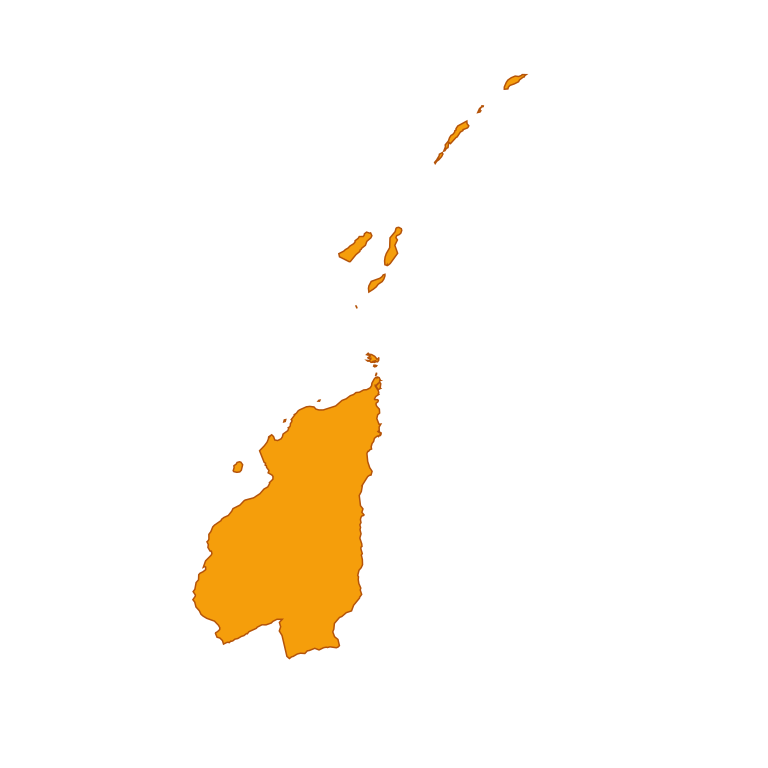 Seram Bagian Timur, Maluku, Indonesia, rotated 242°
{"feature_id": "22746128B38603798591380", "entity_name": "Seram Bagian Timur", "entity_type": "district", "adm_level": 2, "iso_a3": "IDN", "parent_name": "Indonesia", "parent_adm1": "Maluku", "projection": "equal_earth", "projection_center": [130.853, -3.88], "detail": "fine", "context": "isolated", "style": "filled", "palette": "amber", "viewbox_px": 768, "rotation_deg": 242, "n_neighbors": 0, "source": "geoboundaries", "source_scale": "gbopen_adm2", "svg_char_len": 6187}
<svg xmlns="http://www.w3.org/2000/svg" viewBox="0 0 768 768"><g transform="rotate(242 384 384)"><path d="M173.9,221.8L180.1,223.4L184.1,221.7L189.2,222.4L191.1,224.6L195.9,227.8L198.8,235.2L198.5,237.6L199.8,243.4L198.9,248.8L202.9,253.3L206.5,261.9L207.2,262.4L208.7,265.5L213.3,266.3L214.7,267.7L219.6,268.1L223.3,269.4L225.8,271.0L227.3,270.9L231.3,274.5L232.5,277.6L234.5,280.2L239.2,282.5L243.6,283.7L244.4,285.2L249.4,286.2L250.8,287.2L250.9,288.3L253.3,289.3L259.3,290.3L262.5,293.4L266.6,294.4L268.4,296.0L271.0,296.5L272.4,298.6L275.3,299.5L277.0,300.9L277.9,302.6L277.5,304.2L277.8,304.9L281.1,304.2L283.6,306.8L287.6,306.1L297.2,309.8L299.7,313.5L304.2,317.0L304.5,316.7L309.9,326.1L310.2,328.2L309.7,329.8L312.5,332.5L316.8,332.1L323.2,333.2L330.7,336.3L332.1,338.1L331.8,338.8L332.6,340.7L332.4,342.5L334.6,343.2L337.1,345.6L338.1,347.8L340.5,350.0L341.1,352.8L341.0,354.4L340.2,354.4L340.8,356.8L340.4,356.9L341.3,358.1L342.4,358.4L341.0,357.4L341.3,356.9L342.5,358.2L342.8,357.6L343.8,357.7L343.8,356.8L344.9,356.3L345.3,358.0L348.3,359.5L350.1,362.4L350.8,360.7L356.9,361.4L359.8,364.0L360.4,366.5L364.0,368.1L367.8,367.1L369.8,367.4L370.7,368.0L371.2,370.4L372.3,371.3L373.3,370.8L374.5,368.6L375.2,368.5L376.8,370.8L377.3,374.7L378.1,374.4L378.8,375.3L380.6,375.8L386.5,375.3L386.9,375.9L386.5,376.4L387.4,379.3L387.4,380.6L388.8,381.6L388.7,382.5L389.1,382.0L389.5,382.6L391.9,382.7L393.1,381.7L392.7,380.8L393.3,381.0L393.7,379.6L393.0,377.7L390.4,373.7L388.3,372.2L387.1,369.9L387.1,366.1L388.3,363.2L388.3,358.4L389.6,355.3L389.0,352.1L389.5,348.8L388.7,343.6L389.2,339.2L387.3,331.0L389.6,318.2L391.6,314.4L393.8,312.1L396.6,311.4L399.1,307.9L400.3,304.7L400.8,297.3L400.6,295.6L399.3,292.9L399.1,290.5L398.6,290.7L396.1,285.3L395.1,285.6L394.0,284.8L393.0,282.8L391.1,281.6L390.4,280.5L390.4,278.9L389.5,278.9L388.0,277.2L387.2,271.4L385.0,269.4L383.9,267.3L384.0,263.6L385.8,261.3L389.5,261.8L391.9,261.0L391.5,257.4L391.1,257.1L391.5,259.2L390.7,257.3L387.5,253.4L385.6,249.3L383.5,242.8L371.1,241.4L369.7,242.2L368.1,241.0L367.2,241.8L365.5,241.2L361.6,241.8L360.0,240.0L356.3,242.3L354.5,242.6L352.1,241.2L350.7,236.5L349.9,236.4L347.7,233.1L347.6,228.7L345.4,223.0L344.7,215.4L346.7,206.9L346.6,205.6L344.7,199.9L344.9,192.2L343.2,189.9L341.0,184.8L341.3,180.0L340.8,177.0L339.9,176.0L339.0,168.1L338.2,165.7L335.0,161.9L333.5,158.8L329.3,156.6L328.3,155.4L327.8,153.6L324.7,153.5L322.4,151.8L318.1,152.0L317.4,153.1L315.0,152.4L314.0,151.0L311.6,143.4L307.0,138.4L307.0,140.0L306.1,140.6L303.8,139.4L303.2,136.0L303.3,132.7L302.6,130.9L298.2,128.3L296.9,124.9L291.5,120.6L290.3,118.0L286.3,118.4L285.2,117.7L283.3,114.0L280.3,114.5L275.4,113.3L270.5,114.5L266.6,114.3L264.0,115.3L260.3,117.5L254.2,123.0L248.6,124.6L245.8,124.6L244.3,123.6L243.5,120.7L243.4,118.6L242.9,118.1L238.8,117.7L236.8,119.8L233.3,120.9L229.7,120.2L229.6,123.8L229.2,125.1L228.3,125.9L228.9,128.1L228.4,128.6L228.2,130.1L228.7,132.6L227.9,135.4L228.1,139.5L227.6,142.2L228.2,145.4L227.6,146.0L228.7,148.5L228.2,156.6L228.8,157.9L228.7,163.2L226.7,166.8L225.9,172.3L226.6,174.5L226.5,179.0L224.0,183.7L222.6,179.7L218.2,178.8L215.1,175.6L209.8,175.9L189.1,170.4L186.0,171.6L186.5,174.4L186.1,175.9L186.3,180.7L185.5,183.9L183.2,187.6L184.4,191.1L183.8,192.7L183.1,198.8L179.7,201.8L179.5,207.0L178.7,209.5L177.9,210.3L177.3,212.9L173.5,218.1L173.3,219.9L173.9,221.8ZM517.2,404.4L508.3,410.7L507.9,411.7L511.4,420.0L512.4,424.9L513.5,425.7L513.6,427.1L514.3,428.0L515.2,432.7L518.0,435.8L519.2,441.0L520.6,442.9L523.7,443.1L523.7,442.4L526.3,439.9L525.8,437.2L524.6,436.3L524.0,434.9L525.8,431.4L524.7,429.5L524.1,425.7L523.0,425.1L522.1,423.1L521.8,418.7L520.9,416.0L520.8,412.9L520.2,410.8L520.3,405.3L517.2,404.4ZM492.4,442.3L488.9,440.8L487.2,442.4L487.5,442.7L487.1,442.6L487.0,443.7L487.5,446.1L493.0,457.4L501.4,458.7L504.9,463.5L507.6,463.2L509.0,464.8L508.8,467.7L509.3,469.7L511.3,471.8L513.0,472.2L515.4,470.6L516.0,468.8L515.8,467.7L513.3,465.4L510.2,457.9L501.7,453.0L498.1,447.3L495.6,444.6L492.4,442.3ZM561.6,546.1L561.4,547.3L562.7,549.7L562.7,551.5L566.5,554.3L566.4,555.8L566.2,554.7L565.0,555.5L567.8,563.2L567.8,564.6L570.6,569.7L570.7,572.7L571.5,573.2L570.9,577.9L571.4,579.1L572.2,580.1L574.8,579.5L577.3,580.6L577.2,570.3L575.7,567.5L574.5,566.9L574.3,565.3L573.2,564.6L572.1,562.0L572.0,559.8L570.7,557.5L568.3,554.9L566.4,550.3L564.6,549.6L561.6,546.1ZM589.7,629.6L587.8,628.6L586.4,631.9L587.7,633.2L588.5,635.4L587.8,640.1L587.7,644.7L588.9,646.4L589.6,650.9L589.3,652.0L590.2,653.1L590.4,654.7L592.3,651.3L591.9,650.1L592.3,647.2L594.3,644.4L594.7,640.1L594.2,636.1L592.9,633.6L589.7,629.6ZM479.3,430.0L480.6,420.9L477.8,416.8L475.8,415.2L472.3,413.8L472.7,419.0L473.4,422.7L474.8,425.7L475.3,430.5L476.7,433.1L479.0,435.6L480.4,436.3L480.7,434.5L479.7,432.7L479.3,430.0ZM379.1,221.3L382.2,220.9L383.2,219.8L383.7,217.4L382.7,216.0L382.3,213.1L380.4,212.3L378.2,210.1L377.1,210.3L375.1,212.6L374.1,215.4L374.9,217.6L379.1,221.3ZM411.7,381.7L412.9,379.9L411.8,380.4L410.9,382.2L409.2,382.7L408.2,385.0L409.1,384.8L408.6,387.2L408.1,386.4L408.2,385.4L407.5,385.8L407.5,387.4L406.6,388.7L407.4,390.4L409.9,391.9L409.0,390.6L409.3,389.5L412.8,388.8L415.8,386.9L417.1,385.1L416.9,383.7L415.9,385.0L415.1,385.0L414.8,382.2L414.0,382.2L413.0,384.5L412.2,384.1L411.7,381.7ZM386.7,375.9L381.8,376.1L381.7,379.0L382.2,378.7L385.8,381.3L387.3,381.1L387.2,379.3L386.7,378.2L386.3,376.4L386.7,375.9ZM555.9,532.7L554.6,532.7L555.9,535.1L556.3,537.9L557.7,541.6L559.4,544.0L560.9,544.0L560.9,540.8L559.6,539.8L558.1,537.3L557.9,537.7L555.9,532.7ZM582.3,597.6L579.7,594.2L579.1,596.5L579.6,597.4L579.8,596.9L582.0,598.2L582.8,600.2L582.4,601.8L582.9,602.2L583.6,601.1L583.1,600.9L582.3,597.6ZM404.6,383.2L403.5,383.8L403.2,385.4L403.6,386.2L405.0,384.8L405.0,384.0L404.5,385.2L403.6,384.8L403.9,384.1L405.1,383.8L404.6,383.2ZM399.1,279.1L397.6,277.7L397.3,279.2L398.7,280.5L399.1,279.1ZM399.8,319.9L400.2,318.9L399.8,317.8L399.1,319.0L399.8,319.9ZM395.0,380.3L396.2,382.1L397.5,382.7L395.6,380.7L395.0,380.3ZM418.8,385.1L418.1,382.6L417.6,383.3L418.8,385.1ZM466.8,395.9L463.4,395.7L464.7,396.0L466.8,395.9Z" fill="#f59e0b" stroke="#b45309" stroke-width="1.5"/></g></svg>